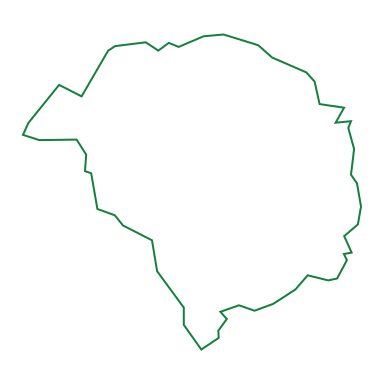 the district of Zajas, Zajas, North Macedonia
{"feature_id": "65306769B7192425425597", "entity_name": "Zajas", "entity_type": "district", "adm_level": 2, "iso_a3": "MKD", "parent_name": "North Macedonia", "parent_adm1": "Zajas", "projection": "albers", "projection_center": [20.901, 41.603], "detail": "fine", "context": "isolated", "style": "outline", "palette": "green", "viewbox_px": 384, "rotation_deg": 0, "n_neighbors": 0, "source": "geoboundaries", "source_scale": "gbopen_adm2", "svg_char_len": 763}
<svg xmlns="http://www.w3.org/2000/svg" viewBox="0 0 384 384"><path d="M201.3,349.5L218.7,337.9L218.3,330.7L226.8,319.0L220.4,311.8L239.0,305.3L254.6,310.7L273.1,303.9L295.4,289.5L307.7,275.3L328.3,280.4L337.1,278.5L346.9,260.2L343.9,254.0L351.6,252.6L344.2,236.1L357.9,224.4L361.0,206.5L357.0,183.4L351.0,174.7L354.1,149.0L348.3,127.9L351.0,121.2L335.6,122.7L344.1,107.7L319.6,104.1L314.6,81.6L306.3,72.4L272.2,57.6L258.2,45.2L223.5,34.5L203.5,36.3L178.7,46.9L168.8,42.9L158.3,50.6L145.7,42.3L115.2,46.1L108.1,50.7L81.6,96.4L59.1,84.9L28.4,122.9L23.0,134.9L39.3,140.1L76.6,139.6L86.2,154.6L85.0,171.1L91.2,173.3L97.4,209.0L114.8,215.3L123.0,225.5L152.0,240.3L157.1,271.2L183.8,307.6L183.8,324.9L201.3,349.5Z" fill="none" stroke="#15803d" stroke-width="2"/></svg>